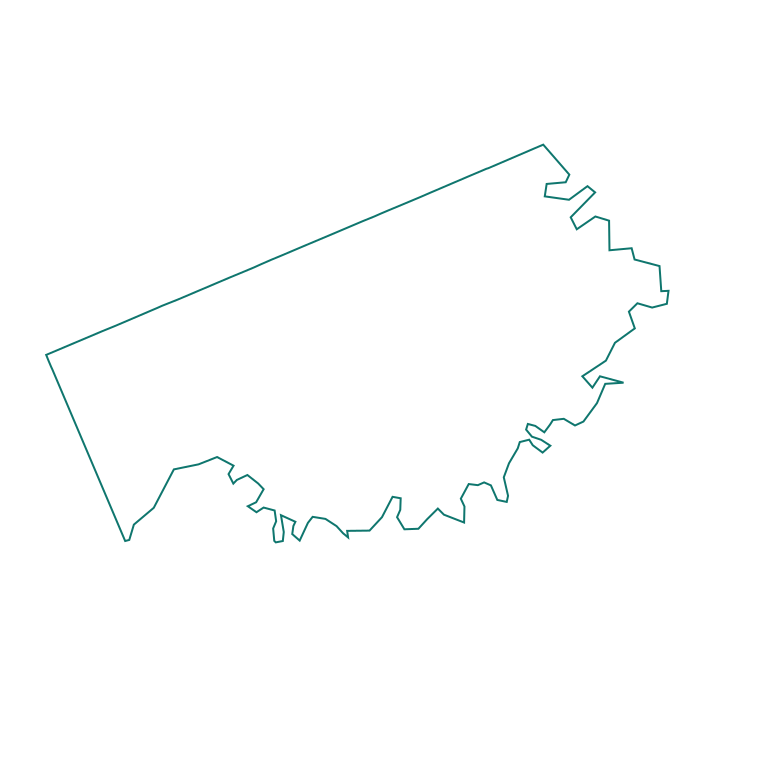 Miller, Arkansas, United States of America (Albers equal-area conic projection), rotated 67°
{"feature_id": "52423323B19087014841162", "entity_name": "Miller", "entity_type": "district", "adm_level": 2, "iso_a3": "USA", "parent_name": "United States of America", "parent_adm1": "Arkansas", "projection": "albers", "projection_center": [-93.844, 33.315], "detail": "fine", "context": "isolated", "style": "outline", "palette": "teal", "viewbox_px": 768, "rotation_deg": 67, "n_neighbors": 0, "source": "geoboundaries", "source_scale": "gbopen_adm2", "svg_char_len": 1901}
<svg xmlns="http://www.w3.org/2000/svg" viewBox="0 0 768 768"><g transform="rotate(67 384 384)"><path d="M419.2,683.6L427.4,683.6L428.0,679.4L415.7,669.2L408.0,644.3L380.5,610.8L385.5,586.1L386.0,566.2L400.4,554.4L406.2,562.3L416.8,561.6L414.8,556.9L414.4,545.3L426.4,538.7L433.8,535.9L442.9,547.9L443.3,557.1L452.2,551.5L450.7,543.1L457.7,534.1L468.2,536.9L473.7,542.5L485.5,546.3L487.5,545.5L489.0,538.5L481.1,534.1L464.5,530.1L476.2,519.4L479.3,522.9L486.3,527.1L495.2,522.8L482.1,508.3L478.4,501.6L485.3,490.6L496.3,483.2L505.4,480.0L511.2,477.0L504.8,475.3L513.3,454.6L505.8,437.9L491.2,420.2L495.7,413.3L506.2,418.2L511.7,424.0L525.7,422.0L530.7,408.9L525.3,397.1L519.7,383.1L527.7,379.9L542.8,364.4L528.2,357.8L519.6,358.1L509.2,345.1L513.8,337.1L513.7,330.3L519.1,325.2L535.0,325.0L540.5,317.1L535.4,313.5L516.7,310.2L505.8,299.9L495.5,286.0L490.5,281.7L492.0,272.1L498.5,271.0L509.1,264.8L505.8,255.0L496.8,261.1L490.3,268.4L481.5,271.0L477.0,267.2L481.7,261.1L491.1,255.3L486.3,247.1L483.2,242.6L486.3,232.1L496.8,224.4L496.5,215.1L484.8,195.4L470.3,180.3L476.4,163.0L461.3,182.2L468.8,193.6L454.4,198.4L449.2,170.6L436.3,155.3L430.8,131.4L413.1,130.3L408.7,119.2L418.4,107.3L420.7,92.3L409.4,85.7L406.9,92.5L383.1,84.3L367.3,104.7L355.8,103.0L349.0,124.2L321.6,113.0L312.4,124.0L316.9,146.1L303.5,147.0L290.1,114.8L281.4,119.4L286.7,141.7L274.1,162.7L263.4,156.1L269.3,137.9L263.7,131.6L225.9,143.9L225.9,144.7L225.9,153.9L226.1,203.8L225.9,205.6L225.9,205.9L225.9,226.8L226.0,261.8L226.0,266.6L226.1,277.5L225.9,312.3L225.9,320.6L226.0,327.2L225.8,339.8L225.8,346.5L225.8,351.3L225.8,368.4L225.7,401.3L225.7,428.4L225.6,438.9L225.7,449.8L225.9,458.2L225.7,485.1L225.7,497.9L225.7,500.8L225.7,540.8L225.3,557.8L225.4,563.2L225.4,567.5L225.5,609.2L225.3,622.6L225.2,683.6L226.5,683.6L231.3,683.7L238.0,683.7L240.9,683.6L419.2,683.6Z" fill="none" stroke="#0f766e" stroke-width="2"/></g></svg>